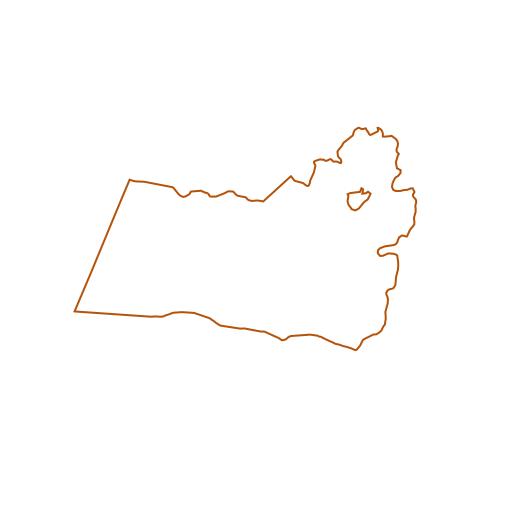 the border of Rif Dimashq, rotated 146°
{"feature_id": "SYR-144", "entity_name": "Rif Dimashq", "entity_type": "Province", "adm_level": 1, "iso_a3": "SYR", "parent_name": "Syria", "parent_adm1": "", "projection": "albers", "projection_center": [36.607, 33.459], "detail": "fine", "context": "isolated", "style": "outline", "palette": "amber", "viewbox_px": 512, "rotation_deg": 146, "n_neighbors": 0, "source": "natural_earth", "source_scale": "10m", "svg_char_len": 5139}
<svg xmlns="http://www.w3.org/2000/svg" viewBox="0 0 512 512"><g transform="rotate(146 256 256)"><path d="M164.4,153.9L166.4,153.8L168.7,152.6L169.5,151.0L169.8,148.9L170.7,146.5L173.5,142.9L180.0,137.3L183.3,131.7L187.4,127.2L190.2,126.2L193.7,124.1L196.1,123.7L199.5,123.7L200.1,123.8L202.7,125.3L212.9,126.6L214.2,126.6L214.6,126.5L219.6,123.6L224.0,122.2L225.0,122.1L225.7,122.1L226.6,122.9L228.3,125.5L228.5,125.8L228.9,126.5L232.1,130.5L234.1,132.5L236.3,135.7L238.9,138.4L239.7,139.5L240.7,141.4L242.9,144.8L243.7,146.3L243.9,146.6L245.0,148.3L245.2,148.8L246.7,151.3L246.8,151.7L247.0,152.2L247.5,152.9L247.7,153.1L248.4,153.6L248.6,153.8L249.0,154.4L249.6,155.6L254.6,160.1L256.2,161.3L257.1,161.7L257.2,161.8L257.3,161.8L271.4,169.9L272.9,170.4L273.5,170.5L275.1,170.6L277.9,170.2L280.8,171.2L281.7,171.8L281.8,172.0L281.9,172.3L282.0,172.6L282.1,172.9L283.0,175.1L283.4,175.9L283.6,176.1L291.2,188.5L292.2,189.3L294.4,190.8L306.1,202.4L308.6,203.9L310.1,205.0L324.2,218.0L325.1,219.5L326.5,222.8L326.8,223.9L326.9,224.3L327.0,224.6L327.9,226.9L328.4,228.0L329.2,230.3L339.2,243.5L349.1,251.1L353.2,253.4L354.7,254.4L356.9,255.4L362.4,256.7L363.9,257.3L366.3,257.6L366.6,257.7L366.8,257.8L368.2,258.5L369.1,259.0L372.8,261.9L377.3,264.6L437.3,311.4L437.4,311.5L425.1,319.5L399.9,335.9L381.4,348.2L356.5,364.7L331.6,381.1L318.1,389.9L315.6,386.7L314.2,385.3L307.1,380.0L287.0,360.0L286.6,359.4L286.4,359.0L286.3,358.3L285.6,350.4L285.1,348.7L284.9,348.1L284.6,347.5L284.0,346.6L283.0,345.5L280.7,344.7L276.5,344.6L275.8,344.7L275.4,345.2L275.1,345.3L274.9,345.5L274.3,345.7L274.1,345.8L272.2,344.9L264.7,340.6L264.4,339.5L264.2,339.1L263.8,338.8L263.5,338.5L263.4,338.3L263.3,338.0L263.1,337.8L263.0,337.5L262.8,337.0L262.6,336.8L262.2,336.4L262.0,336.2L261.9,336.2L261.7,336.0L261.4,335.6L261.1,335.1L260.9,334.6L260.8,334.3L260.8,334.1L260.7,333.1L260.8,332.5L260.9,332.1L260.8,331.8L260.8,331.5L260.7,331.2L260.5,330.9L260.4,330.7L260.2,330.5L259.7,330.1L258.0,329.1L257.3,328.6L256.9,328.2L256.6,328.0L255.9,327.6L246.4,325.5L245.5,325.5L243.0,325.2L242.5,324.9L239.5,322.7L239.1,322.3L239.0,322.0L238.8,321.7L238.7,321.1L238.5,320.4L238.5,318.9L238.0,317.4L237.8,316.8L237.6,316.4L237.3,316.0L232.1,310.8L231.8,310.4L231.6,309.8L231.3,307.7L231.1,307.1L230.5,306.0L228.9,304.2L228.4,303.8L224.2,301.5L222.9,300.5L221.7,299.3L221.0,298.8L219.7,297.3L219.4,297.2L182.5,302.6L182.2,300.7L182.1,297.9L182.0,297.6L181.9,297.2L181.8,296.9L181.6,296.4L181.4,296.1L176.4,290.4L176.1,289.8L175.9,289.3L175.3,287.2L175.0,286.6L174.8,286.1L174.6,285.8L174.3,285.4L173.8,285.0L173.2,285.0L172.7,285.0L170.2,286.7L169.4,287.7L168.9,288.2L161.7,292.7L161.1,293.1L156.7,297.2L156.2,297.9L156.1,298.2L156.0,298.5L155.9,300.4L155.8,300.7L155.7,301.0L155.6,301.3L155.2,301.7L154.9,301.8L154.1,301.7L152.9,301.5L149.2,300.4L148.5,300.1L148.2,299.6L147.8,299.2L146.3,298.3L146.1,298.1L146.0,297.8L145.4,296.5L145.2,296.2L144.6,295.6L144.3,295.5L143.7,295.3L141.0,295.0L140.6,294.8L140.3,294.7L140.1,294.5L139.9,294.3L139.7,294.1L139.6,293.8L139.5,293.5L139.3,291.7L139.3,291.4L139.1,291.1L138.9,290.9L138.7,290.7L137.0,289.7L136.7,289.5L136.3,289.1L135.6,288.3L134.4,286.2L134.0,285.8L133.8,285.7L133.5,285.6L133.1,285.8L132.6,286.4L131.9,288.0L131.7,288.8L131.7,289.4L132.2,291.3L132.2,292.0L132.2,292.3L132.2,292.6L132.0,293.3L131.7,293.9L130.9,295.4L130.3,296.8L129.0,297.5L122.8,299.5L120.6,300.7L120.0,300.9L108.4,301.8L108.2,301.9L106.0,303.8L105.1,304.5L104.6,304.7L103.7,305.1L102.9,305.2L100.1,305.1L99.1,304.9L98.6,304.2L97.7,302.5L97.1,302.0L96.8,301.7L93.6,300.4L93.8,299.2L93.9,298.4L93.8,295.8L94.0,294.3L94.0,293.5L93.9,293.2L93.9,292.9L93.5,292.5L93.0,292.2L91.1,291.9L89.4,291.8L86.0,291.2L85.7,291.2L85.4,291.3L84.8,291.5L84.6,291.7L84.4,291.9L84.3,292.1L84.2,292.4L84.0,293.1L83.8,293.7L83.6,293.9L83.5,294.2L83.2,294.1L82.8,293.7L81.9,291.5L81.7,291.0L81.7,290.6L81.6,289.9L81.7,289.2L81.9,288.1L82.2,287.1L82.4,286.6L82.5,286.4L83.1,285.4L83.9,284.5L84.0,284.2L84.0,283.9L82.5,282.9L76.5,279.7L76.4,279.7L75.3,276.8L74.6,274.7L74.6,272.3L75.3,270.0L76.8,268.1L79.2,266.4L80.5,265.0L80.9,263.4L80.5,260.8L83.2,259.2L87.7,255.4L90.1,249.9L88.1,246.3L89.8,244.0L93.2,242.9L96.6,243.0L99.4,241.7L102.4,239.7L104.7,237.1L105.2,233.9L103.9,231.9L101.5,230.1L98.8,228.7L96.7,228.1L93.4,226.2L90.1,225.6L88.2,224.4L88.8,220.6L89.4,220.0L91.3,219.3L92.0,218.7L92.4,217.0L92.0,213.8L92.2,212.4L93.3,210.8L96.0,208.4L96.9,206.4L98.9,203.4L103.7,199.3L105.7,195.6L107.1,193.7L109.4,192.8L112.1,192.1L114.7,191.0L119.9,187.8L120.8,188.4L122.7,190.7L123.8,191.5L126.9,191.4L129.2,190.0L131.2,188.4L133.4,187.6L135.9,188.1L143.4,191.8L148.8,193.1L151.6,192.6L153.4,190.3L153.1,186.7L150.6,185.2L144.9,184.2L140.7,180.9L139.8,179.8L138.8,178.1L138.6,177.5L141.7,171.2L143.7,168.1L146.0,165.3L151.7,160.2L156.6,154.1L159.6,152.6L161.3,152.7L164.4,153.9ZM145.5,256.0L146.0,253.8L149.4,250.4L150.7,246.6L150.4,243.4L150.6,241.5L148.2,238.3L144.2,237.9L136.1,240.3L131.8,240.4L126.2,243.5L127.2,246.7L129.5,246.5L133.0,248.2L129.9,251.4L130.7,253.2L133.9,251.0L142.7,255.5L145.5,256.0Z" fill="none" stroke="#b45309" stroke-width="2"/></g></svg>